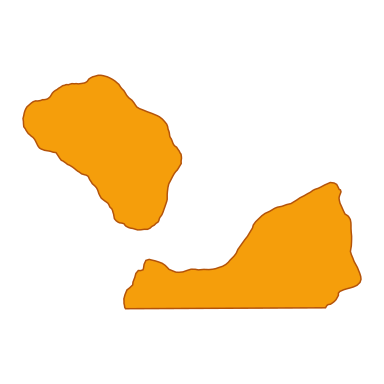 outline of North Thiladhunmathe, Maldives
{"feature_id": "70690204B83662482201246", "entity_name": "North Thiladhunmathe", "entity_type": "district", "adm_level": 2, "iso_a3": "MDV", "parent_name": "Maldives", "parent_adm1": "", "projection": "mercator", "projection_center": [72.988, 6.959], "detail": "fine", "context": "isolated", "style": "filled", "palette": "amber", "viewbox_px": 384, "rotation_deg": 0, "n_neighbors": 0, "source": "geoboundaries", "source_scale": "gbopen_adm2", "svg_char_len": 4019}
<svg xmlns="http://www.w3.org/2000/svg" viewBox="0 0 384 384"><path d="M325.5,307.8L326.9,305.5L328.1,304.6L330.5,304.2L332.5,302.9L334.3,301.5L336.0,299.7L337.3,297.4L338.4,295.4L338.4,293.1L339.9,291.4L343.8,289.7L346.8,288.8L350.2,287.9L353.5,286.9L357.0,285.3L360.0,282.4L361.0,279.3L360.7,276.4L359.7,273.2L357.4,267.5L355.6,264.2L354.1,261.5L352.7,257.8L351.3,254.5L350.4,251.5L350.8,248.8L351.3,246.0L351.5,242.3L351.6,239.3L351.6,236.1L351.2,232.0L351.0,228.8L351.0,225.4L350.9,222.7L350.3,219.5L349.2,217.6L348.5,216.5L347.8,215.8L345.0,214.0L343.5,211.0L341.4,206.2L340.0,203.2L339.3,200.2L339.0,198.0L339.5,195.8L340.5,193.2L341.0,191.8L340.4,189.9L339.2,189.4L338.1,187.1L336.7,184.4L334.1,183.0L330.3,182.5L324.8,184.9L320.9,187.0L318.2,188.3L315.1,189.3L312.9,190.4L310.3,192.3L307.4,193.8L304.2,195.7L300.0,197.8L296.5,200.2L290.9,203.6L286.6,204.6L282.0,206.3L277.4,207.2L274.7,208.3L269.7,211.3L265.1,213.4L261.9,215.7L259.1,218.4L255.6,221.8L253.3,225.0L252.5,228.0L250.0,232.1L247.5,236.3L244.8,239.7L242.8,242.5L240.8,245.3L237.9,249.4L236.2,253.3L233.9,256.3L230.2,260.0L228.3,262.3L225.9,264.4L222.6,266.3L218.6,267.6L215.8,268.6L212.9,269.2L211.0,269.4L208.9,269.6L203.7,269.4L198.5,269.9L195.3,269.3L191.1,269.2L187.2,270.4L182.9,271.9L179.0,272.3L176.0,272.2L172.5,270.8L168.9,269.3L167.7,267.9L165.2,265.4L162.2,263.3L158.8,262.0L155.0,260.8L151.5,260.0L149.2,259.4L145.9,260.4L144.1,264.3L143.5,268.2L143.0,269.8L140.6,270.6L138.3,270.5L135.9,273.4L134.8,277.4L133.0,282.1L132.7,284.9L129.7,287.8L126.9,290.0L125.0,294.7L123.9,298.8L124.0,301.3L124.0,303.4L124.5,305.6L124.7,307.3L125.5,308.7L325.5,307.8ZM181.1,161.0L181.5,158.3L181.4,156.6L181.0,154.1L180.0,152.8L179.2,151.0L178.2,149.7L176.6,147.2L174.9,146.1L173.6,144.6L172.8,142.9L172.1,140.9L171.2,138.8L170.5,137.8L169.8,136.4L169.5,134.4L169.3,132.9L168.8,131.0L168.1,129.3L167.6,126.5L166.7,124.2L164.8,121.8L163.1,119.9L162.1,118.9L159.4,116.8L157.3,115.7L154.7,114.6L152.1,113.5L150.2,112.8L147.4,111.8L143.3,110.1L139.4,108.6L136.8,107.0L135.1,104.6L134.1,103.0L131.9,100.2L128.8,97.8L126.7,95.4L125.2,92.8L123.9,90.7L121.9,88.7L120.8,87.4L119.7,85.7L118.8,84.3L117.1,82.9L115.2,81.2L112.5,79.4L109.9,78.0L107.3,76.8L103.3,75.7L101.0,75.3L98.1,75.3L94.7,76.3L92.7,76.8L90.6,77.9L88.8,79.1L87.8,80.6L87.1,81.5L85.9,82.3L84.4,83.0L81.3,83.5L78.3,83.9L76.2,83.6L74.3,83.8L72.0,83.6L70.2,84.1L68.6,84.7L66.2,84.6L64.5,85.3L62.9,85.6L62.2,86.0L60.3,87.3L58.7,88.2L57.1,89.5L55.3,90.5L53.7,91.7L52.3,93.2L51.3,94.9L50.2,96.7L48.9,97.9L47.5,98.9L45.9,99.4L44.1,99.7L42.5,99.7L40.5,100.5L37.7,101.0L35.5,100.9L33.2,101.7L31.2,103.1L29.3,104.8L27.0,106.8L25.8,108.8L24.8,111.1L24.2,113.2L23.7,115.8L23.0,118.5L23.4,121.4L23.5,124.0L23.8,126.8L25.3,128.8L26.0,130.2L27.2,132.0L28.3,133.6L29.6,134.6L31.2,136.1L33.0,137.4L34.1,138.7L35.0,140.0L35.8,141.6L36.5,143.0L37.5,145.1L38.3,146.5L39.5,148.0L41.1,149.0L42.8,149.6L44.5,150.3L47.0,150.7L48.9,151.0L50.4,151.3L53.1,152.2L56.0,152.6L57.7,155.1L59.5,157.9L61.3,160.3L62.8,160.9L65.8,163.0L67.5,164.4L69.7,165.3L72.6,167.1L74.8,168.8L75.8,169.7L77.9,171.3L79.0,171.9L80.4,172.9L81.5,173.8L84.4,174.7L86.1,175.1L87.9,176.1L88.5,177.0L89.6,179.5L90.9,181.4L92.3,183.7L93.9,185.1L95.2,186.3L96.5,187.8L97.4,189.5L97.8,190.4L98.8,193.5L99.8,195.6L101.3,198.2L103.3,199.8L105.0,201.1L106.5,202.1L108.0,203.3L108.9,204.8L109.9,207.1L111.8,208.9L112.5,210.4L113.0,212.3L113.6,214.2L114.4,218.7L116.2,220.8L118.0,222.1L119.5,222.8L121.9,223.1L124.1,223.8L124.9,225.1L126.0,226.2L128.5,227.5L130.4,228.1L132.9,228.5L135.2,229.2L137.6,229.9L140.8,229.8L144.2,229.3L147.6,229.3L150.1,228.1L151.9,226.4L154.2,225.2L156.2,223.2L157.9,222.2L158.8,220.7L159.1,219.4L159.8,217.5L160.5,216.7L161.9,214.7L163.1,211.9L163.9,209.5L164.7,207.3L165.9,203.8L166.7,201.4L167.2,199.3L167.2,196.9L167.2,194.5L167.4,191.8L167.9,187.6L168.8,183.8L170.5,180.6L172.7,176.3L174.3,173.5L175.8,171.5L177.2,170.1L178.5,168.1L179.9,165.7L181.2,163.6L181.1,161.0Z" fill="#f59e0b" stroke="#b45309" stroke-width="1.5"/></svg>